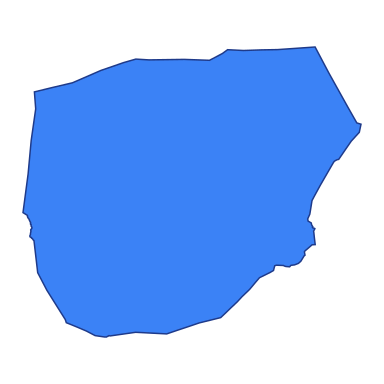 Erdenecagaan, Sühbaatar, Mongolia (orthographic projection)
{"feature_id": "93677404B19681848213060", "entity_name": "Erdenecagaan", "entity_type": "district", "adm_level": 2, "iso_a3": "MNG", "parent_name": "Mongolia", "parent_adm1": "Sühbaatar", "projection": "orthographic", "projection_center": [115.133, 46.001], "detail": "fine", "context": "isolated", "style": "filled", "palette": "blue", "viewbox_px": 384, "rotation_deg": 0, "n_neighbors": 0, "source": "geoboundaries", "source_scale": "gbopen_adm2", "svg_char_len": 2473}
<svg xmlns="http://www.w3.org/2000/svg" viewBox="0 0 384 384"><path d="M31.9,227.5L31.9,227.8L31.8,228.1L31.8,228.4L31.6,228.5L31.6,228.8L31.5,229.0L31.4,229.1L31.2,229.2L31.0,229.4L30.9,229.5L30.7,229.8L30.7,230.1L30.8,230.5L31.0,231.0L30.9,231.3L30.8,231.5L30.8,232.0L30.7,232.2L30.7,232.4L30.6,232.6L30.6,233.0L30.5,233.4L30.4,233.8L30.4,234.1L30.5,234.3L30.4,234.5L30.2,235.0L30.0,235.6L29.8,236.0L29.9,236.3L30.0,236.5L30.1,236.9L30.3,237.1L30.6,237.2L31.0,237.3L31.4,237.6L31.5,237.7L31.5,237.9L31.5,238.1L31.7,238.3L32.0,238.4L32.3,238.7L32.5,238.8L33.2,239.9L33.4,240.2L33.8,240.4L34.0,240.8L37.7,272.7L46.9,290.3L65.3,319.6L66.3,322.7L67.3,323.1L71.8,324.9L78.1,327.5L86.5,331.1L95.1,335.6L100.5,336.4L104.7,337.0L106.6,337.0L107.2,336.5L107.3,336.5L107.5,336.4L107.9,336.3L108.0,336.3L108.1,336.2L108.3,336.0L108.5,335.8L108.8,335.7L109.0,335.6L109.5,335.7L109.6,335.8L109.8,335.8L110.0,335.9L110.3,335.9L111.0,335.8L123.6,334.0L135.6,332.3L143.7,332.7L147.3,332.9L162.8,333.7L166.7,333.9L177.3,330.3L189.0,326.4L199.3,322.9L211.9,319.8L220.7,317.6L226.3,312.3L230.3,308.4L237.3,301.8L241.9,296.8L249.6,289.4L255.8,282.0L259.5,277.7L270.4,272.3L273.5,270.5L274.7,265.8L276.3,265.2L281.5,265.4L283.5,265.5L284.3,266.0L285.9,266.5L289.6,266.8L291.0,265.3L294.5,264.9L298.4,263.4L300.8,261.3L304.1,255.9L305.0,255.2L304.4,251.8L305.1,250.8L306.8,249.4L309.1,247.4L312.1,244.8L315.2,244.6L314.3,237.1L313.9,233.1L313.6,231.1L314.9,228.7L314.6,228.4L312.7,227.8L312.4,227.2L312.8,226.7L311.7,225.0L311.2,222.9L308.1,221.1L307.7,218.9L309.8,214.2L310.5,210.0L312.0,200.6L314.1,196.6L320.1,185.6L325.0,177.1L330.9,166.9L333.4,162.6L334.3,161.3L335.6,160.5L337.1,159.7L338.7,159.4L342.2,154.3L345.6,149.3L351.2,141.2L359.3,132.3L361.0,124.2L356.8,122.9L347.5,106.5L328.9,73.1L315.1,47.0L277.6,49.6L261.4,49.9L243.5,50.5L227.6,49.7L222.4,53.5L209.5,60.3L184.2,59.4L149.1,59.9L135.8,59.1L123.6,62.6L101.0,70.4L72.4,82.8L52.0,87.6L34.4,91.9L35.7,108.9L31.2,140.4L28.1,174.0L23.0,212.6L27.4,215.4L27.5,215.9L27.4,216.2L27.5,216.5L27.5,216.8L27.7,217.1L27.8,217.2L27.8,217.5L28.0,217.8L28.3,218.3L28.7,218.7L29.1,219.4L29.3,219.7L29.4,219.9L29.4,220.1L29.4,220.4L29.6,220.7L29.9,221.2L30.0,221.5L30.3,221.9L30.4,222.0L30.4,222.3L30.4,222.5L30.6,222.7L30.6,222.8L30.7,223.1L30.6,223.5L30.4,223.9L30.5,224.1L30.7,224.4L31.2,224.8L31.1,225.1L31.1,225.6L31.1,226.0L31.2,226.3L31.4,226.5L31.5,226.5L31.7,226.9L31.9,227.5Z" fill="#3b82f6" stroke="#1e3a8a" stroke-width="1.5"/></svg>